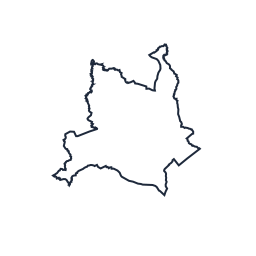 outline of Mueang Kamphaeng Phet, Kamphaeng Phet, Thailand, rotated 44°
{"feature_id": "78962969B14076406619672", "entity_name": "Mueang Kamphaeng Phet", "entity_type": "district", "adm_level": 2, "iso_a3": "THA", "parent_name": "Thailand", "parent_adm1": "Kamphaeng Phet", "projection": "natural_earth1", "projection_center": [99.433, 16.42], "detail": "fine", "context": "isolated", "style": "outline", "palette": "slate", "viewbox_px": 256, "rotation_deg": 44, "n_neighbors": 0, "source": "geoboundaries", "source_scale": "gbopen_adm2", "svg_char_len": 5765}
<svg xmlns="http://www.w3.org/2000/svg" viewBox="0 0 256 256"><g transform="rotate(44 128 128)"><path d="M200.8,151.0L199.2,147.6L198.2,144.4L195.6,143.7L194.3,142.4L193.2,139.9L191.5,139.2L190.0,137.2L188.6,136.3L187.3,134.6L186.0,133.9L183.8,133.8L183.3,133.2L182.9,132.0L183.2,126.1L182.8,125.9L183.3,123.0L183.2,121.1L182.4,120.2L182.6,118.5L190.5,119.6L191.8,108.5L194.1,93.0L193.3,93.0L192.5,93.8L190.6,93.7L188.8,95.0L187.0,95.4L186.8,96.0L186.1,96.2L185.2,95.7L184.1,96.0L183.6,96.4L182.3,96.6L180.9,95.6L179.8,95.8L178.6,94.7L177.5,94.8L178.2,87.8L178.8,86.8L177.4,85.3L175.0,84.8L175.0,85.1L173.1,85.5L172.2,86.2L171.0,86.5L168.9,87.9L168.7,88.6L166.7,88.9L165.4,90.2L164.3,89.1L164.0,87.7L162.2,86.8L160.8,86.8L157.0,84.4L154.4,83.2L151.2,79.5L149.5,78.5L147.1,76.4L146.3,76.1L145.0,74.8L144.7,74.1L143.9,74.4L143.3,74.2L142.6,73.3L141.8,74.3L140.8,74.3L140.6,74.5L138.6,73.6L138.6,72.8L137.6,71.9L137.8,71.4L137.4,71.1L137.4,70.8L136.4,69.5L136.4,69.1L135.9,68.3L136.0,68.1L135.6,67.8L135.8,67.4L135.6,66.2L134.2,65.1L133.9,63.3L133.2,62.5L132.9,61.7L132.8,60.4L132.2,60.1L131.7,59.2L130.6,58.6L129.4,58.7L128.7,57.3L126.6,57.4L126.3,56.0L123.9,56.4L123.5,56.7L121.6,55.6L118.8,55.9L118.5,55.7L116.7,55.9L115.9,54.9L114.7,54.0L113.2,53.8L110.8,54.4L108.5,53.7L107.3,54.0L106.7,53.4L106.5,53.5L105.6,52.9L105.3,53.4L104.9,53.2L104.6,52.9L104.8,52.5L104.4,52.1L104.0,52.4L103.6,51.9L103.8,51.8L103.7,51.4L103.2,50.9L103.2,50.3L103.9,50.4L104.3,49.8L104.3,49.0L104.9,48.5L104.8,47.5L104.3,47.4L104.1,47.8L103.5,46.9L103.4,45.6L103.1,45.3L102.7,45.7L102.3,45.4L102.7,45.2L102.5,44.9L100.9,44.2L101.0,43.6L100.5,42.9L98.9,42.7L98.6,42.2L97.8,42.3L97.4,41.7L96.3,42.5L96.7,44.4L95.4,45.7L94.9,47.0L94.5,47.3L94.7,48.0L94.3,48.8L94.3,49.3L95.0,50.4L94.6,50.5L94.9,51.1L94.6,51.9L95.0,52.0L95.1,52.6L94.5,55.6L94.0,55.7L92.6,60.7L94.2,60.9L96.1,60.6L100.8,58.5L103.2,58.6L107.5,60.3L110.1,62.7L110.8,64.0L111.4,67.0L113.1,70.2L114.8,72.3L115.3,75.2L116.0,76.7L119.6,81.2L121.4,82.4L121.2,82.6L119.3,83.9L115.8,85.0L114.0,87.0L112.3,85.4L104.3,89.4L102.2,91.0L101.5,90.6L99.2,90.3L98.2,93.0L96.8,95.6L96.0,95.4L95.6,96.3L94.4,96.4L93.0,95.8L92.6,95.2L92.1,95.2L91.9,94.7L87.9,95.6L86.9,94.7L85.8,94.3L85.2,92.9L83.5,93.4L81.6,92.2L81.0,93.4L79.4,93.7L78.2,95.2L77.9,95.2L78.0,94.8L77.7,94.5L76.8,94.4L76.1,94.8L75.1,96.6L73.3,98.3L73.3,99.9L73.5,100.4L73.2,101.2L72.4,101.1L72.2,101.8L71.2,102.0L71.2,102.6L69.9,103.4L69.4,103.1L69.4,102.4L69.0,102.6L68.9,102.1L68.1,102.0L68.2,101.0L67.9,101.2L67.2,100.5L66.4,100.4L65.5,100.6L65.0,101.2L64.5,101.2L64.5,100.8L63.8,101.9L62.0,103.0L61.1,103.0L60.2,103.6L60.0,104.0L60.1,104.8L59.4,105.2L59.3,105.8L58.9,106.3L57.8,105.7L57.9,104.5L57.2,103.7L55.4,103.5L55.2,103.7L55.4,105.3L55.9,105.7L56.7,107.3L57.3,107.8L57.8,107.0L58.5,107.3L59.0,107.1L59.0,107.7L59.6,108.7L59.8,108.6L60.0,109.4L60.4,110.0L61.1,110.1L60.9,110.5L61.2,111.7L61.6,112.0L62.3,111.8L62.4,112.2L62.7,112.2L62.8,112.6L62.3,112.7L62.4,112.9L63.4,113.0L64.0,113.5L64.1,114.2L63.8,114.2L63.5,115.0L64.0,115.2L64.3,115.7L65.2,115.3L65.6,115.3L65.7,115.7L65.9,115.4L66.6,115.8L66.8,115.7L67.0,116.3L67.3,116.3L67.6,117.0L68.8,116.9L69.1,117.5L69.4,117.5L70.1,118.3L69.9,118.9L70.1,118.8L70.6,119.3L70.8,119.8L71.9,120.4L72.2,121.6L72.4,121.4L72.2,122.1L73.1,122.6L73.1,123.7L73.4,124.4L73.1,124.6L73.7,126.3L75.6,126.6L75.9,126.3L76.6,126.9L76.2,127.4L76.5,127.8L76.1,127.9L76.2,128.3L75.5,128.7L75.7,129.4L75.0,130.5L75.7,131.5L75.8,132.0L75.2,132.4L75.4,132.8L74.9,132.9L75.2,133.7L75.6,133.7L75.2,134.4L76.7,135.0L76.8,135.5L77.1,135.6L77.1,136.1L77.6,136.0L78.1,136.2L78.6,135.8L79.3,136.4L79.3,136.9L79.7,136.6L79.9,137.2L80.8,137.1L80.9,137.5L84.7,139.0L85.0,139.8L86.7,140.7L86.5,141.2L87.2,141.5L87.9,142.7L89.1,142.9L91.2,142.4L92.5,144.6L92.1,147.7L92.3,149.3L92.8,149.7L94.0,149.9L97.9,148.6L98.5,150.0L100.0,149.5L100.2,151.5L100.0,151.8L101.1,152.5L101.8,151.7L102.1,151.9L103.6,151.4L103.8,150.7L104.2,150.9L104.4,150.4L105.1,150.4L105.3,150.0L105.7,150.2L106.2,150.0L106.4,150.3L102.7,157.3L97.4,168.9L96.3,169.9L91.8,168.2L88.8,170.8L87.2,176.0L88.3,177.3L89.0,177.4L90.1,178.3L90.4,179.8L89.9,181.4L91.0,181.9L91.7,181.6L92.2,181.9L94.3,185.5L97.4,186.2L98.0,186.1L98.8,185.5L99.0,185.8L99.9,185.8L100.1,186.2L100.6,185.9L101.4,185.9L101.4,186.4L103.4,187.1L105.1,187.1L106.1,188.4L107.0,188.1L107.9,189.2L108.4,189.5L108.4,190.0L108.9,190.7L108.0,192.3L107.8,193.3L107.1,194.2L106.9,195.6L107.3,196.1L107.0,197.2L107.2,197.9L108.1,198.1L108.7,198.5L109.0,199.3L110.4,200.2L110.6,200.6L111.6,200.8L111.7,201.2L111.9,201.0L112.3,201.6L111.0,202.5L110.4,203.3L109.7,203.1L109.0,203.3L107.9,204.2L108.4,205.9L107.9,206.8L108.3,209.6L107.8,211.7L107.9,212.3L107.5,212.9L107.1,214.3L108.9,214.1L109.4,213.4L110.4,212.9L111.8,213.8L112.5,212.4L112.7,212.7L113.4,211.9L113.8,212.3L114.2,211.8L114.5,212.3L115.3,212.5L117.2,209.4L118.5,208.3L120.1,208.1L122.1,208.7L123.0,208.5L123.2,208.8L124.1,208.5L124.5,208.9L124.7,209.8L125.6,210.1L125.5,209.7L125.3,209.8L125.4,209.2L125.0,209.0L125.2,208.7L124.6,208.0L124.5,206.8L124.3,206.6L124.6,206.1L124.0,205.8L124.0,204.7L123.7,204.3L123.6,204.5L122.8,204.0L122.5,203.3L122.2,203.4L121.9,203.1L121.5,201.4L121.9,200.0L123.3,198.4L122.0,196.9L122.2,196.1L122.7,195.6L122.1,194.6L122.4,192.9L124.1,188.6L124.3,186.9L125.0,185.0L125.4,184.5L125.3,182.9L126.0,182.1L126.8,180.6L127.8,179.7L129.5,178.7L130.4,178.6L131.3,176.1L133.5,176.8L136.4,176.1L138.4,170.7L139.4,171.1L139.9,171.0L140.4,170.1L142.1,170.3L142.4,168.8L143.3,167.8L144.5,168.7L145.9,167.2L150.0,165.9L153.0,165.9L156.0,167.2L157.3,167.4L165.4,165.3L168.9,163.1L173.8,161.1L176.2,159.3L177.9,158.5L185.3,151.9L187.9,150.7L189.7,150.5L193.7,151.5L194.9,151.1L200.8,151.0Z" fill="none" stroke="#1e293b" stroke-width="2"/></g></svg>